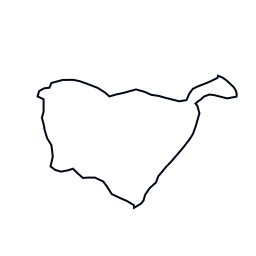 Patriki, Cyprus, rotated 196°
{"feature_id": "46923920B77958582681624", "entity_name": "Patriki", "entity_type": "district", "adm_level": 2, "iso_a3": "CYP", "parent_name": "Cyprus", "parent_adm1": "", "projection": "orthographic", "projection_center": [33.984, 35.358], "detail": "fine", "context": "isolated", "style": "outline", "palette": "ink", "viewbox_px": 256, "rotation_deg": 196, "n_neighbors": 0, "source": "geoboundaries", "source_scale": "gbopen_adm2", "svg_char_len": 1129}
<svg xmlns="http://www.w3.org/2000/svg" viewBox="0 0 256 256"><g transform="rotate(196 128 128)"><path d="M100.2,52.9L94.6,59.0L93.1,62.6L93.1,68.6L90.6,76.2L86.1,83.3L85.6,89.9L83.1,95.5L80.5,101.5L77.5,107.1L73.5,115.7L69.4,124.8L65.4,134.9L63.9,140.5L63.4,148.1L63.4,153.2L63.4,161.8L67.4,168.4L69.9,170.1L67.9,173.1L66.0,175.3L63.5,179.3L59.0,182.6L53.6,183.4L47.8,183.6L40.8,183.8L36.3,186.1L32.4,188.0L32.8,190.5L34.4,193.4L37.5,196.3L42.7,199.0L46.2,200.8L51.1,202.5L55.8,203.1L55.8,200.8L60.9,196.2L65.9,192.1L72.5,187.1L76.5,183.5L78.5,178.0L79.5,170.9L86.1,167.8L100.7,167.3L107.2,167.3L114.8,166.3L121.8,167.3L130.9,167.3L141.5,160.8L149.1,156.7L154.6,153.2L159.6,155.7L168.2,158.2L179.3,159.2L187.4,159.7L193.9,159.2L204.0,156.2L214.1,150.1L214.6,145.1L219.6,143.0L223.6,139.0L223.6,133.4L217.1,132.4L213.6,120.3L213.6,114.2L210.0,108.1L207.5,103.0L203.0,96.0L196.9,90.4L192.4,79.8L191.9,69.7L186.3,67.6L180.3,67.6L174.2,70.7L169.7,73.7L164.2,70.7L157.6,67.6L151.6,69.7L146.0,71.2L137.0,69.7L132.9,66.6L125.4,60.0L116.3,58.5L108.7,57.5L101.2,55.5L100.2,52.9Z" fill="none" stroke="#020617" stroke-width="2"/></g></svg>